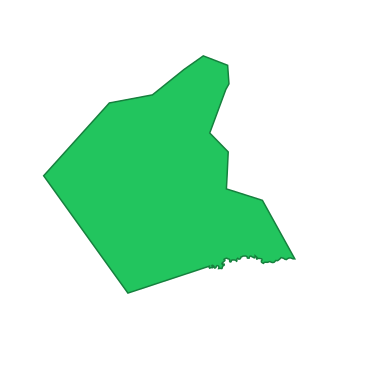 outline of Kainanatu District, Eastern Highlands, Papua New Guinea, rotated 132°
{"feature_id": "67681753B29556691348440", "entity_name": "Kainanatu District", "entity_type": "district", "adm_level": 2, "iso_a3": "PNG", "parent_name": "Papua New Guinea", "parent_adm1": "Eastern Highlands", "projection": "mercator", "projection_center": [145.899, -6.248], "detail": "fine", "context": "isolated", "style": "filled", "palette": "green", "viewbox_px": 384, "rotation_deg": 132, "n_neighbors": 0, "source": "geoboundaries", "source_scale": "gbopen_adm2", "svg_char_len": 1818}
<svg xmlns="http://www.w3.org/2000/svg" viewBox="0 0 384 384"><g transform="rotate(132 192 192)"><path d="M74.0,250.3L83.3,274.7L106.2,279.9L146.3,286.4L181.1,313.0L279.2,313.1L299.0,222.5L310.0,172.0L235.7,129.6L236.3,129.4L236.8,128.0L236.3,127.6L235.7,127.6L235.3,127.2L235.0,126.5L234.6,126.1L234.1,126.1L233.6,126.7L233.6,127.5L233.4,128.0L233.0,128.0L232.7,127.7L232.5,127.0L232.6,125.8L233.2,125.2L233.4,124.4L232.7,123.8L231.8,123.8L230.9,124.2L229.9,124.1L229.4,123.4L229.4,122.3L229.9,121.6L231.1,121.0L229.6,119.7L229.4,119.1L228.9,118.6L228.5,118.6L226.8,119.5L226.2,119.5L225.5,119.2L224.6,119.2L224.1,119.9L224.5,120.5L225.3,120.8L225.4,121.0L225.4,121.5L225.0,122.0L224.0,122.0L221.0,121.7L220.7,121.9L220.7,123.1L220.2,123.2L218.9,122.5L218.3,122.3L217.9,121.8L217.6,120.4L217.1,119.8L217.0,118.9L218.3,117.7L218.5,117.1L218.4,116.8L218.0,116.4L217.2,116.5L216.3,116.9L215.4,116.4L214.3,115.2L213.6,114.0L213.6,112.5L213.3,112.5L211.9,113.7L211.1,113.8L210.6,113.7L210.6,112.3L209.8,111.6L209.0,111.5L207.4,112.1L207.0,111.7L205.5,111.2L203.7,109.4L203.2,107.9L204.0,106.6L203.0,105.3L201.9,105.8L200.8,105.9L200.2,105.3L199.9,103.6L199.4,102.7L199.4,101.7L198.6,101.3L197.1,102.5L197.1,99.8L198.1,99.6L198.5,99.0L198.1,98.7L197.2,98.4L196.7,98.0L196.6,97.9L195.1,95.6L195.2,95.0L195.7,94.4L196.8,94.4L197.6,93.5L197.6,92.8L197.3,91.2L195.6,91.0L193.5,88.6L192.2,88.1L191.4,87.3L191.2,86.2L190.6,85.0L189.7,84.2L189.0,83.9L186.8,83.9L186.0,82.7L185.6,82.4L183.2,81.9L182.4,81.9L181.1,81.9L180.7,81.0L180.1,79.8L180.0,79.6L179.8,77.9L179.0,76.6L177.6,76.4L176.6,76.0L176.2,75.8L175.4,75.0L175.0,74.6L174.1,72.2L172.9,70.9L151.1,134.1L158.2,149.8L162.2,158.7L166.7,168.5L155.2,177.8L138.0,191.9L136.3,218.3L93.1,235.5L86.9,236.9L74.0,250.3Z" fill="#22c55e" stroke="#15803d" stroke-width="1.5"/></g></svg>